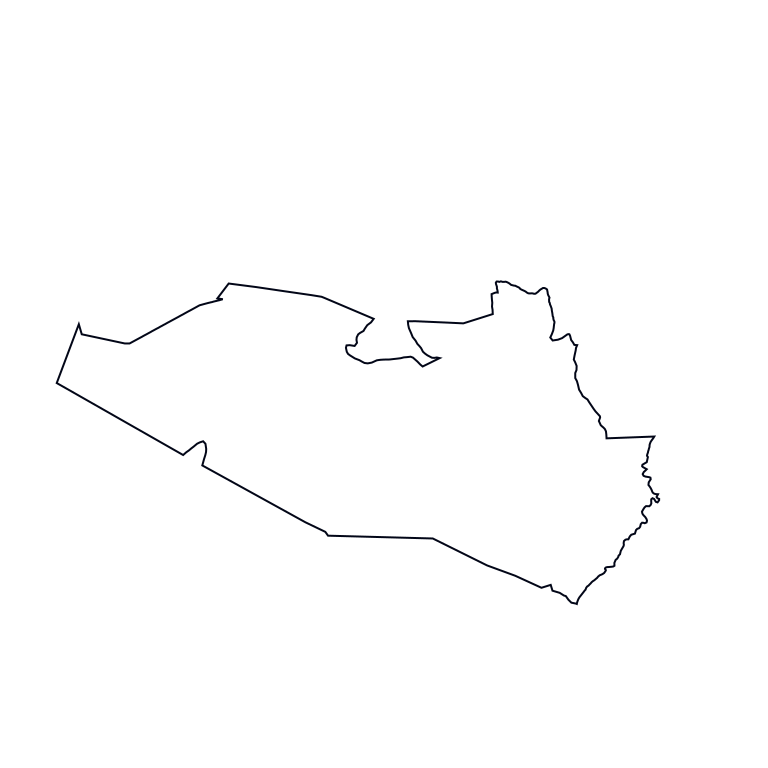 the district of Santa Lucía Monteverde, Oaxaca, Mexico, rotated 28°
{"feature_id": "50627088B70845005155538", "entity_name": "Santa Lucía Monteverde", "entity_type": "district", "adm_level": 2, "iso_a3": "MEX", "parent_name": "Mexico", "parent_adm1": "Oaxaca", "projection": "orthographic", "projection_center": [-97.707, 16.955], "detail": "fine", "context": "isolated", "style": "outline", "palette": "ink", "viewbox_px": 768, "rotation_deg": 28, "n_neighbors": 0, "source": "geoboundaries", "source_scale": "gbopen_adm2", "svg_char_len": 5190}
<svg xmlns="http://www.w3.org/2000/svg" viewBox="0 0 768 768"><g transform="rotate(28 384 384)"><path d="M677.7,352.7L675.5,353.7L673.7,354.0L672.2,353.7L670.8,352.6L669.9,351.8L668.3,350.7L666.9,349.9L664.9,349.0L663.9,346.5L664.2,342.9L663.2,341.6L661.8,341.8L658.3,343.0L656.3,343.2L654.7,342.1L654.7,339.7L655.3,338.1L656.0,335.9L651.7,335.8L650.6,335.5L650.3,334.8L650.1,333.9L650.8,332.8L651.6,331.4L652.7,329.7L651.9,326.8L651.3,324.6L649.9,323.9L649.5,322.6L649.2,320.5L648.8,319.3L648.6,317.9L648.3,316.9L648.0,315.0L647.1,313.1L646.8,311.7L646.6,309.7L647.0,306.7L647.2,305.4L647.3,303.5L606.0,327.5L604.0,324.2L602.2,321.6L600.2,320.1L598.1,319.4L596.6,319.1L594.7,318.6L592.8,317.1L591.1,315.8L590.9,314.6L590.7,313.0L590.5,312.0L589.8,311.1L583.6,308.9L580.5,307.4L576.4,305.2L573.6,303.7L570.9,302.1L568.5,301.9L565.2,301.4L562.3,299.4L558.9,297.4L555.7,293.7L553.0,290.9L550.1,289.0L547.7,284.5L547.4,281.3L545.6,277.6L542.5,275.0L540.1,273.3L538.8,269.1L537.5,264.4L536.6,262.0L536.3,259.0L533.7,260.1L531.2,258.5L528.6,257.3L525.7,254.1L524.4,253.1L524.0,253.1L523.6,253.3L522.6,254.1L519.7,259.9L516.8,263.2L512.5,266.4L509.0,264.9L508.8,261.2L508.3,257.3L507.5,254.8L507.2,254.1L506.0,251.0L505.8,250.0L505.1,248.8L503.9,248.0L502.9,246.9L502.2,245.7L501.1,244.9L500.2,243.6L499.2,242.2L498.3,241.1L497.4,239.9L496.6,238.7L495.4,237.6L494.4,236.7L493.2,235.8L492.4,234.7L491.3,234.0L490.6,232.8L489.9,231.6L489.6,230.1L488.5,229.3L487.2,228.4L486.2,227.4L485.4,226.2L484.4,225.0L483.6,224.0L482.1,223.8L480.7,223.9L479.3,224.6L478.5,226.0L477.8,227.1L477.2,228.6L476.8,230.1L476.1,231.6L475.4,233.1L474.2,233.9L472.7,234.2L471.5,234.8L470.2,235.6L468.8,236.2L467.2,236.2L465.7,235.9L464.2,235.9L462.7,236.0L461.2,236.1L459.7,236.1L458.4,235.5L456.8,235.5L455.4,235.6L453.8,235.6L452.6,236.1L451.0,236.5L449.7,236.8L448.3,236.5L446.8,236.3L445.1,236.3L443.5,236.5L442.0,237.5L440.6,238.2L439.0,238.5L437.9,239.7L436.5,240.0L435.3,240.7L435.2,242.1L436.0,243.2L437.1,244.2L438.1,245.2L438.8,246.6L439.8,247.6L440.8,248.8L441.5,249.9L440.1,250.5L439.0,251.5L436.8,254.1L437.6,255.5L439.6,258.7L441.5,261.5L443.0,264.9L445.0,267.5L447.2,271.2L425.6,293.2L410.6,300.3L382.5,313.7L375.6,317.4L377.6,320.4L379.8,323.0L384.1,326.4L387.3,329.1L391.5,330.9L394.6,332.9L397.5,333.9L399.9,334.9L403.2,337.2L405.9,337.9L408.8,338.3L411.4,338.3L414.0,338.3L416.2,337.3L418.2,335.8L421.0,335.0L409.9,350.4L407.0,349.8L403.0,348.5L397.2,347.1L394.7,347.4L391.5,349.6L389.0,351.2L386.6,353.4L383.9,355.3L379.8,358.1L377.5,359.7L372.6,362.4L369.5,364.3L368.1,365.3L366.5,366.5L363.2,370.8L360.0,373.4L356.9,374.6L353.8,374.6L351.1,374.5L346.3,375.1L340.6,374.7L338.1,374.3L336.0,373.0L333.4,369.9L332.8,367.5L335.5,365.8L340.2,364.2L340.8,360.3L339.0,358.0L338.0,355.6L337.9,352.3L338.9,350.1L341.0,346.8L341.1,344.1L341.6,339.9L343.6,335.7L344.3,331.3L290.6,336.0L287.9,336.3L278.2,339.6L251.8,349.1L225.7,358.4L199.7,368.2L196.7,386.6L202.0,384.8L201.8,384.9L200.1,386.5L199.6,387.0L199.0,387.6L198.5,388.0L197.9,388.5L197.2,389.2L196.6,389.7L195.7,390.5L195.0,391.1L194.3,391.8L193.4,392.7L192.8,393.1L192.3,393.6L191.5,394.3L190.6,395.1L187.9,397.6L185.9,399.5L184.5,400.8L184.0,401.4L180.2,407.2L178.5,409.8L177.2,411.7L175.1,414.9L173.9,416.8L172.2,419.3L171.0,421.2L168.4,425.1L166.4,428.1L164.9,430.4L164.4,431.1L163.5,432.5L162.5,434.1L161.7,435.2L160.7,436.8L160.0,437.8L159.4,438.7L158.5,440.2L157.5,441.6L156.3,443.4L155.4,444.8L154.5,446.1L153.6,447.6L152.4,449.4L150.9,451.7L149.6,453.6L148.5,455.3L147.9,456.3L147.6,456.7L147.0,457.6L146.2,458.8L145.0,460.6L140.3,467.7L136.1,469.9L93.8,482.0L86.5,474.5L94.6,536.8L105.7,537.1L240.0,541.0L241.5,537.0L242.9,534.3L244.1,531.3L245.3,528.7L247.0,524.5L248.8,522.0L251.2,519.5L254.4,520.6L257.5,524.8L258.8,527.6L259.6,530.6L260.4,535.0L261.8,541.2L379.5,543.0L401.6,542.1L405.8,544.2L499.6,497.5L560.2,495.8L589.9,491.7L618.7,490.0L625.5,483.1L629.8,487.4L637.2,485.9L642.2,486.3L644.1,485.9L648.1,487.9L652.1,489.1L656.5,487.8L657.5,487.7L657.2,486.8L657.0,485.9L656.7,483.8L656.6,482.1L656.7,480.5L657.1,478.3L657.9,473.8L658.2,471.9L658.5,471.1L658.4,470.3L658.2,469.2L658.3,468.4L658.4,467.5L658.9,466.6L659.3,465.8L659.5,464.9L659.8,463.9L660.1,463.0L660.3,461.8L660.9,460.2L661.8,458.6L662.9,455.8L663.2,455.1L663.5,453.4L663.8,452.8L664.2,451.7L665.7,449.9L666.2,449.2L667.1,447.5L667.3,445.8L667.4,445.0L667.3,444.2L665.9,443.5L665.7,443.0L665.9,442.2L666.0,441.9L667.0,440.9L668.5,440.0L671.2,438.2L672.2,437.4L672.8,436.3L671.4,433.8L671.1,430.5L671.9,428.7L672.0,426.5L671.7,425.5L672.3,423.5L671.9,422.1L671.4,420.1L671.5,417.0L671.6,414.8L671.3,413.4L670.3,412.0L669.6,410.0L670.3,408.1L671.4,407.1L672.7,406.4L672.6,403.2L673.1,401.0L675.8,398.3L675.1,394.7L675.6,393.0L676.9,391.6L677.2,389.8L676.5,387.2L677.0,385.3L678.1,384.8L679.6,384.5L680.8,383.0L680.4,381.2L679.2,380.0L677.1,378.8L675.2,378.2L673.7,377.6L672.7,376.8L671.7,375.6L671.8,372.6L672.0,370.6L672.7,368.8L675.6,367.4L676.2,365.8L676.1,363.9L674.8,361.8L674.1,360.3L674.7,358.8L676.5,358.7L678.3,359.8L679.4,360.4L681.1,360.1L681.5,357.5L680.9,356.3L679.1,356.5L677.7,355.8L677.7,352.7Z" fill="none" stroke="#020617" stroke-width="2"/></g></svg>